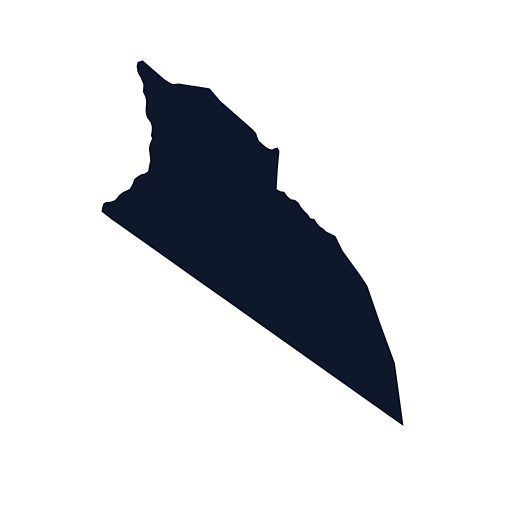 Biritinga, Bahia, Brazil (Equal Earth projection), rotated 139°
{"feature_id": "56859067B78935603174134", "entity_name": "Biritinga", "entity_type": "district", "adm_level": 2, "iso_a3": "BRA", "parent_name": "Brazil", "parent_adm1": "Bahia", "projection": "equal_earth", "projection_center": [-38.796, -11.57], "detail": "fine", "context": "isolated", "style": "filled", "palette": "ink", "viewbox_px": 512, "rotation_deg": 139, "n_neighbors": 0, "source": "geoboundaries", "source_scale": "gbopen_adm2", "svg_char_len": 1450}
<svg xmlns="http://www.w3.org/2000/svg" viewBox="0 0 512 512"><g transform="rotate(139 256 256)"><path d="M342.6,390.5L340.2,378.1L338.8,372.8L332.3,346.0L331.2,341.6L313.1,267.0L312.3,264.1L310.4,256.1L309.5,252.6L307.5,244.6L291.9,180.2L273.9,106.4L264.8,69.1L262.1,58.1L260.1,49.6L255.9,32.8L222.2,84.3L206.8,124.7L192.2,160.8L190.5,174.1L187.9,203.3L183.8,218.7L185.7,223.9L187.7,227.7L188.0,232.1L189.2,236.6L189.2,241.0L188.5,245.4L191.0,248.6L190.4,253.3L190.8,259.6L190.5,264.7L189.7,268.4L190.5,272.3L193.2,275.7L193.9,280.6L193.4,285.7L195.8,288.5L197.5,293.1L182.9,308.0L170.2,320.2L169.4,323.3L171.7,324.5L174.4,325.0L176.4,327.8L177.7,331.5L178.4,335.8L179.0,341.3L177.6,345.2L176.1,348.7L176.2,353.9L182.0,396.8L181.8,412.7L201.8,436.4L205.2,438.7L207.3,440.9L208.6,444.9L209.9,449.3L213.9,477.5L218.0,479.2L221.0,477.0L223.8,472.7L224.8,469.3L225.3,466.2L226.5,462.6L227.8,458.8L230.8,455.8L233.0,453.7L234.3,448.8L236.5,444.7L239.8,441.3L242.7,438.4L244.8,435.7L246.6,432.2L247.3,425.6L249.0,421.8L251.3,419.1L253.5,417.1L255.7,415.3L256.6,412.4L259.6,410.9L263.9,408.5L266.6,405.8L268.9,402.2L272.5,397.0L275.9,394.5L278.9,392.0L281.7,389.9L286.0,390.4L289.2,392.3L292.6,392.8L295.3,393.1L297.6,393.0L301.0,390.9L304.1,389.7L307.0,388.7L310.9,389.6L313.9,390.6L316.5,390.9L319.9,390.9L323.2,390.1L326.9,390.1L330.9,391.9L334.0,394.4L336.7,394.8L339.7,393.0L342.6,390.5Z" fill="#0f172a" stroke="#020617" stroke-width="1.5"/></g></svg>